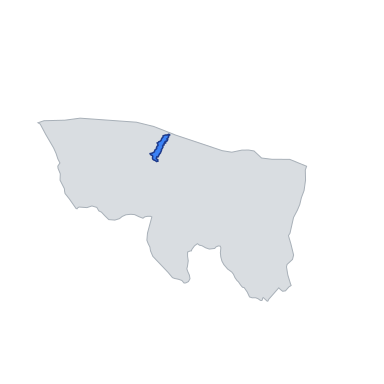 Beawor, Sinoe, Liberia (highlighted), rotated 153°
{"feature_id": "62588387B88645489379872", "entity_name": "Beawor", "entity_type": "district", "adm_level": 2, "iso_a3": "LBR", "parent_name": "Liberia", "parent_adm1": "Sinoe", "projection": "robinson", "projection_center": [-9.28, 5.601], "detail": "fine", "context": "in_parent", "style": "filled", "palette": "blue", "viewbox_px": 384, "rotation_deg": 153, "n_neighbors": 0, "source": "geoboundaries", "source_scale": "gbopen_adm2", "svg_char_len": 3590}
<svg xmlns="http://www.w3.org/2000/svg" viewBox="0 0 384 384"><g transform="rotate(153 192 192)"><path d="M78.2,162.9L81.1,160.1L85.4,151.1L91.5,142.4L97.1,137.3L101.6,132.0L106.3,128.0L113.1,123.2L123.4,110.8L125.9,109.3L127.5,100.7L130.1,89.7L133.1,86.3L140.2,84.3L141.8,82.4L144.3,74.6L145.9,65.6L146.1,63.7L148.8,63.4L153.6,61.5L156.3,62.4L157.5,65.0L158.2,67.2L172.5,61.5L173.8,60.4L174.6,60.6L176.4,65.6L177.4,65.3L178.3,63.9L179.2,63.7L180.3,64.4L181.5,66.8L183.3,68.9L186.4,70.4L188.4,72.4L188.2,77.8L188.9,83.1L190.3,84.3L191.0,87.5L191.4,90.9L192.1,92.7L192.6,96.2L192.4,99.9L192.9,102.6L195.2,107.1L196.6,112.8L196.7,116.9L195.8,121.1L194.3,125.0L191.6,129.2L191.4,130.9L193.0,132.0L195.4,132.2L197.4,131.4L202.5,133.3L205.2,136.1L207.5,139.6L209.6,141.3L210.6,143.5L214.2,142.9L218.4,140.8L219.2,139.8L220.5,140.3L223.2,140.5L225.1,136.8L226.6,132.4L229.9,127.7L231.5,125.9L231.9,122.9L232.1,119.0L233.2,115.6L235.9,113.8L238.8,113.8L240.4,114.5L241.2,117.8L243.5,120.2L245.5,121.9L246.6,122.7L248.3,124.6L249.8,131.2L256.1,152.4L255.7,158.3L254.5,162.1L254.5,165.8L254.1,169.5L250.3,175.6L239.1,188.0L239.9,189.1L242.6,190.5L245.3,191.3L247.6,190.9L250.4,194.0L253.4,197.9L256.6,199.9L261.2,201.7L265.3,201.9L268.7,201.2L273.5,202.0L278.7,205.2L280.5,210.5L281.8,215.1L283.6,217.5L283.8,221.5L287.5,225.0L292.7,225.8L299.5,229.9L301.2,229.7L302.0,229.2L302.8,229.9L304.5,241.9L305.8,248.2L305.1,250.8L304.2,252.8L304.2,262.4L301.1,268.0L300.6,274.0L299.8,276.0L296.5,277.8L296.5,282.4L295.6,288.1L295.3,294.1L296.2,309.7L296.4,321.4L297.8,323.6L291.5,322.7L272.7,313.7L258.2,308.6L209.8,279.4L196.3,267.7L180.8,250.2L146.3,215.1L138.5,209.4L128.6,206.7L122.5,203.7L118.1,200.4L114.6,190.7L106.0,184.9L90.1,176.7L78.2,162.9Z" fill="#d9dde1" stroke="#a8b0b8" stroke-width="1"/><path d="M208.5,234.9L208.4,235.2L208.5,235.2L208.1,235.6L208.0,235.9L207.8,236.1L208.1,236.7L208.5,237.5L208.6,238.0L208.4,238.4L207.9,238.8L207.3,239.4L206.9,239.2L206.8,238.9L206.3,238.7L205.8,239.1L205.4,239.3L205.0,239.9L204.1,240.2L203.7,240.6L203.5,240.9L203.0,240.9L202.4,241.1L202.0,241.5L201.9,241.7L201.0,242.3L200.1,243.2L199.9,243.9L199.4,244.0L198.9,244.2L197.6,245.1L197.3,246.3L196.9,246.2L196.6,246.5L196.4,246.9L195.9,246.9L195.4,246.7L195.2,247.5L195.0,247.8L194.5,247.8L194.4,247.8L194.0,248.6L193.8,248.7L193.7,248.0L193.3,247.7L193.1,248.1L193.1,248.4L193.1,248.8L192.6,249.2L191.8,248.7L191.6,248.9L190.8,248.9L190.6,249.3L190.5,249.7L190.5,249.8L190.2,250.5L189.8,250.1L189.7,250.6L189.4,250.9L189.0,251.0L188.5,251.3L187.8,251.7L187.7,252.4L187.5,252.5L186.8,252.8L186.4,252.9L186.0,252.9L185.9,253.2L186.3,253.8L186.8,254.1L187.5,254.0L188.6,254.1L188.8,254.2L189.1,254.6L189.8,254.8L191.0,255.0L192.2,255.2L192.4,254.8L193.1,254.0L193.7,253.9L194.5,253.4L195.1,253.1L196.0,252.1L196.9,251.8L197.9,251.7L198.3,251.8L198.8,251.9L199.7,251.4L200.8,251.5L200.8,251.4L200.8,250.6L200.8,250.1L200.9,249.3L201.3,248.8L201.6,248.8L202.3,248.6L202.6,248.4L202.8,248.2L203.0,248.1L203.4,247.8L203.8,246.7L204.0,246.6L204.5,246.5L205.1,246.5L205.3,246.5L205.7,246.3L205.8,246.3L206.3,245.9L206.5,245.7L207.4,244.8L208.3,244.8L208.6,244.8L208.9,244.8L209.7,244.6L209.8,244.6L210.1,244.8L210.9,245.0L211.1,245.0L211.5,245.1L211.8,245.2L211.8,244.9L212.0,244.7L211.9,244.2L211.7,243.9L211.7,243.7L211.6,243.4L211.4,243.2L211.2,243.0L211.0,242.8L210.9,242.6L210.7,242.4L210.7,242.2L210.7,241.9L210.8,241.6L211.0,241.3L211.8,240.2L212.0,239.5L212.0,239.2L212.0,238.8L211.4,237.7L210.7,237.0L210.6,236.9L209.8,235.4L208.5,234.9Z" fill="#3b82f6" stroke="#1e3a8a" stroke-width="1.5"/></g></svg>